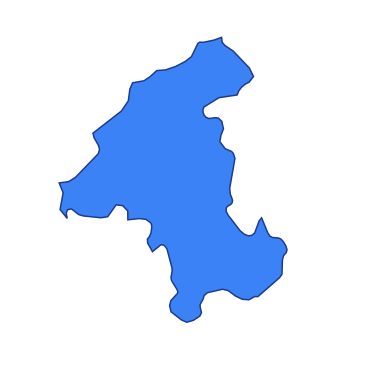 outline of Padova, rotated 145°
{"feature_id": "ITA-5463", "entity_name": "Padova", "entity_type": "Province", "adm_level": 1, "iso_a3": "ITA", "parent_name": "Italy", "parent_adm1": "", "projection": "mercator", "projection_center": [11.814, 45.393], "detail": "fine", "context": "isolated", "style": "filled", "palette": "blue", "viewbox_px": 384, "rotation_deg": 145, "n_neighbors": 0, "source": "natural_earth", "source_scale": "10m", "svg_char_len": 1814}
<svg xmlns="http://www.w3.org/2000/svg" viewBox="0 0 384 384"><g transform="rotate(145 192 192)"><path d="M294.6,234.6L297.7,238.4L300.4,247.2L303.9,248.9L307.1,246.9L309.4,241.9L310.1,253.3L298.0,265.3L295.6,275.6L287.2,271.3L279.3,270.8L246.9,277.1L243.4,279.8L241.9,283.8L241.1,292.5L239.4,297.0L203.4,298.8L191.9,303.2L183.9,311.9L178.0,315.5L167.6,310.7L160.5,310.5L151.2,311.7L143.7,307.2L133.4,304.2L122.8,302.8L114.8,303.2L102.1,310.3L99.7,310.3L96.9,308.1L87.1,303.9L79.1,301.7L81.4,297.2L81.0,293.1L77.4,283.8L73.9,260.6L75.4,251.3L82.3,249.2L86.5,249.8L91.0,249.5L95.5,248.1L99.4,245.6L115.8,253.8L133.3,254.8L135.7,253.3L137.3,250.8L138.0,248.0L137.6,245.1L136.0,242.5L130.3,239.5L128.0,237.4L127.1,232.7L130.0,225.7L135.7,221.9L140.3,217.3L140.0,208.4L136.3,202.5L136.0,199.9L137.6,194.8L159.1,173.3L161.9,168.1L163.0,163.6L163.7,161.7L165.4,160.1L167.3,159.6L171.3,159.9L173.3,159.1L175.2,156.2L175.7,152.3L174.8,132.6L173.4,127.5L171.1,123.9L168.0,122.2L164.1,122.5L153.6,129.8L149.8,130.9L153.3,115.3L153.5,111.3L152.2,108.6L147.8,105.0L146.2,102.5L145.7,99.0L146.0,94.3L147.2,90.3L149.4,88.4L153.5,87.3L156.7,84.7L165.5,73.0L169.3,71.6L198.1,68.5L200.6,70.4L207.3,71.1L212.4,75.4L216.2,82.2L218.9,90.5L222.7,94.8L237.2,100.7L241.5,100.2L244.3,97.9L250.0,95.1L251.5,92.7L253.4,87.8L256.7,85.9L264.6,86.1L271.0,88.3L274.0,93.2L277.9,105.9L275.5,111.8L271.5,115.2L262.3,117.2L260.8,118.4L260.2,121.0L259.7,129.5L259.2,132.1L258.1,134.2L253.8,138.4L251.9,141.4L245.2,159.6L245.2,163.3L245.7,164.6L246.3,165.5L247.2,166.2L248.1,166.6L258.6,165.8L257.6,175.6L255.4,179.1L252.5,179.9L249.2,181.9L245.7,185.6L244.2,187.8L243.5,190.3L245.4,196.0L250.3,200.4L260.5,206.0L255.5,213.3L256.6,220.6L261.5,225.0L275.2,220.1L281.3,223.1L294.6,234.6Z" fill="#3b82f6" stroke="#1e3a8a" stroke-width="1.5"/></g></svg>